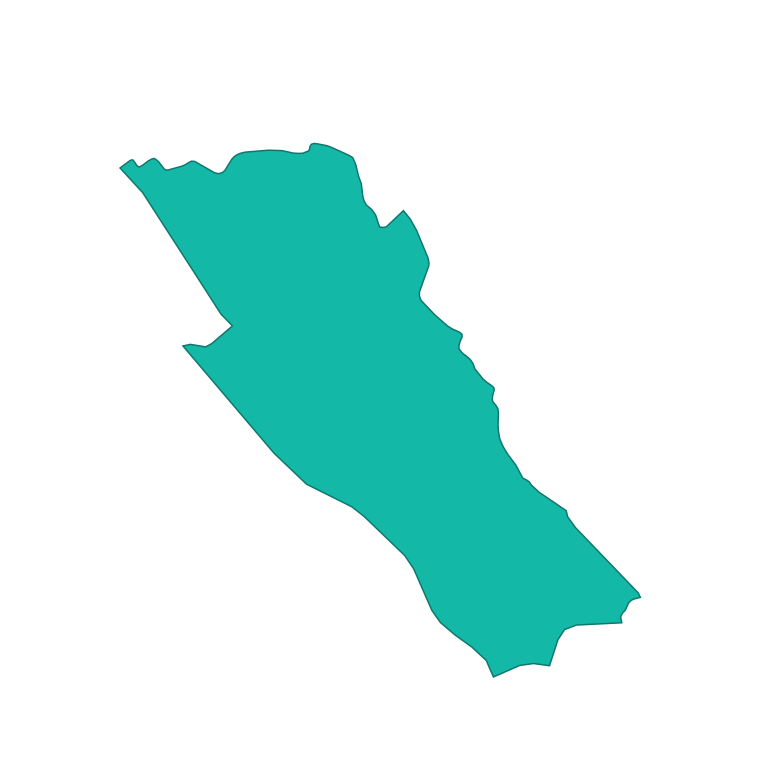 map outline of Lubombo (Equal Earth projection), rotated 139°
{"feature_id": "SWZ-535", "entity_name": "Lubombo", "entity_type": "District", "adm_level": 1, "iso_a3": "SWZ", "parent_name": "eSwatini", "parent_adm1": "", "projection": "equal_earth", "projection_center": [31.73, -26.547], "detail": "fine", "context": "isolated", "style": "filled", "palette": "teal", "viewbox_px": 768, "rotation_deg": 139, "n_neighbors": 0, "source": "natural_earth", "source_scale": "10m", "svg_char_len": 1975}
<svg xmlns="http://www.w3.org/2000/svg" viewBox="0 0 768 768"><g transform="rotate(139 384 384)"><path d="M443.9,62.8L454.6,75.0L466.3,82.6L493.6,91.1L488.2,108.3L490.3,127.9L495.1,148.2L497.9,167.1L496.4,181.7L482.9,224.9L480.9,240.9L485.9,297.2L488.9,312.5L508.2,359.2L512.4,404.0L510.8,544.6L504.2,541.0L494.2,529.0L487.6,527.5L460.3,527.3L461.2,543.6L454.2,591.8L447.8,636.6L440.6,686.6L441.5,720.2L441.3,720.2L429.5,719.3L427.8,718.9L426.5,717.8L426.7,714.7L427.1,711.8L427.0,709.5L426.0,708.2L422.7,707.5L415.5,707.0L412.2,706.3L409.5,705.1L408.6,702.2L408.3,699.7L408.8,690.3L408.2,688.6L406.8,687.3L393.9,681.1L389.9,679.8L386.2,679.3L383.0,678.4L380.8,676.1L373.3,654.6L370.9,651.2L367.0,649.5L363.6,649.7L351.7,653.4L347.8,653.9L343.8,653.3L340.1,651.9L336.3,649.8L318.0,636.4L308.0,627.2L300.9,617.7L296.9,613.8L293.7,611.3L291.1,610.5L288.2,609.4L286.1,610.1L283.9,611.9L281.5,612.6L279.1,611.5L276.3,608.5L270.9,601.5L268.7,597.7L260.3,579.3L259.1,575.5L260.4,570.8L261.8,567.2L267.0,557.3L269.7,550.1L277.0,539.3L279.0,535.1L279.9,530.8L278.9,524.3L279.0,520.2L279.7,516.3L283.0,508.9L284.2,505.3L282.1,502.9L279.3,501.1L255.6,502.1L256.0,491.2L258.7,478.4L268.1,450.2L269.6,447.5L271.2,445.2L272.9,443.7L296.7,430.3L299.6,427.2L301.2,422.5L300.3,402.8L298.0,386.1L296.3,380.6L292.9,373.3L292.5,370.2L294.5,368.1L298.2,366.4L301.7,364.2L304.3,361.6L304.6,357.2L304.3,354.3L303.1,348.4L302.9,345.2L303.4,341.0L305.5,335.7L306.0,322.8L305.4,318.4L303.7,311.4L303.6,309.1L304.4,307.5L309.8,303.8L312.2,301.6L313.5,299.2L313.6,294.5L314.2,290.7L317.0,286.6L324.8,278.3L328.8,273.0L332.6,266.7L335.2,258.5L336.7,249.9L337.7,236.2L341.0,222.0L339.2,217.4L338.6,214.6L339.1,211.2L338.0,200.7L329.6,168.8L332.5,163.4L333.7,150.0L329.2,59.6L330.5,54.8L336.8,57.9L339.3,58.5L341.8,58.5L344.3,57.8L348.8,55.6L351.1,54.9L353.5,54.8L356.2,53.9L358.4,52.8L361.2,47.8L397.0,75.9L408.8,80.2L420.5,76.9L443.9,62.8Z" fill="#14b8a6" stroke="#0f766e" stroke-width="1.5"/></g></svg>